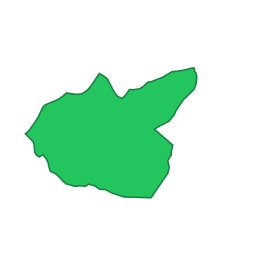 the district of As Sudah, Amran, Yemen, rotated 52°
{"feature_id": "15242507B6956753308423", "entity_name": "As Sudah", "entity_type": "district", "adm_level": 2, "iso_a3": "YEM", "parent_name": "Yemen", "parent_adm1": "Amran", "projection": "mercator", "projection_center": [43.761, 15.968], "detail": "fine", "context": "isolated", "style": "filled", "palette": "green", "viewbox_px": 256, "rotation_deg": 52, "n_neighbors": 0, "source": "geoboundaries", "source_scale": "gbopen_adm2", "svg_char_len": 2884}
<svg xmlns="http://www.w3.org/2000/svg" viewBox="0 0 256 256"><g transform="rotate(52 128 128)"><path d="M69.4,212.5L72.1,212.2L72.8,212.1L80.6,211.2L83.5,212.4L83.7,212.5L87.9,215.3L88.1,215.5L88.4,215.7L89.4,216.3L92.5,216.9L96.2,215.7L96.5,211.6L101.4,211.4L105.8,212.1L108.6,213.7L114.3,215.9L114.6,215.7L119.9,213.1L125.4,212.3L129.6,212.0L133.5,211.2L134.5,210.9L135.4,209.9L136.4,209.2L139.0,207.5L141.5,205.5L143.9,201.6L147.9,197.1L147.8,193.8L153.1,189.8L158.9,188.0L162.8,183.6L164.3,182.9L168.8,180.9L169.4,180.6L175.3,176.7L179.8,173.7L197.2,152.8L195.1,146.3L188.1,124.2L185.7,121.2L184.0,119.4L178.3,116.9L175.7,110.3L173.3,108.5L170.5,105.0L169.1,103.2L168.9,103.3L145.3,107.9L145.7,102.5L148.0,91.4L147.9,91.3L146.9,87.3L146.0,83.3L144.0,79.7L141.8,73.1L140.0,67.6L139.8,66.4L139.6,66.0L139.6,65.7L139.5,64.8L139.5,64.5L139.4,64.1L139.4,63.7L139.5,63.4L139.4,62.6L138.3,52.3L138.0,51.9L137.8,51.4L137.5,51.0L137.1,50.2L136.7,49.7L136.4,49.2L136.1,48.7L135.7,48.2L135.2,47.6L135.1,47.3L134.9,47.1L134.7,46.9L134.5,46.6L134.0,46.1L133.8,45.9L133.5,45.5L133.1,45.2L132.9,44.9L132.6,44.7L132.4,44.4L132.2,44.2L131.9,44.0L131.5,43.6L131.3,43.4L131.0,43.1L130.7,42.9L130.3,42.6L129.8,42.2L129.6,42.1L129.3,41.9L128.9,41.7L128.7,41.6L128.4,41.5L128.0,41.3L127.7,41.2L127.4,41.0L127.0,40.8L126.8,40.7L126.4,40.5L126.1,40.5L125.7,40.5L125.1,40.6L124.7,40.7L124.4,40.7L124.2,40.7L123.8,40.5L123.4,40.0L123.0,39.7L122.8,39.5L122.6,39.3L122.3,39.1L122.0,39.1L121.7,39.1L121.2,39.3L120.9,39.6L120.7,39.8L120.5,40.1L120.2,40.5L120.1,40.9L119.8,41.4L119.7,41.8L119.5,42.2L119.3,42.5L119.1,42.9L119.0,43.2L118.8,43.6L118.6,44.1L118.4,44.5L118.3,44.9L118.2,45.2L118.1,45.5L118.0,45.9L117.9,46.3L117.6,46.6L117.5,47.0L117.3,47.3L117.1,47.7L117.0,48.0L116.7,48.3L116.6,48.6L116.5,48.9L116.3,49.3L116.1,49.8L115.9,50.1L115.7,50.4L115.5,50.7L115.3,51.0L115.1,51.3L115.0,51.5L114.7,52.1L114.4,52.6L114.1,53.3L113.7,54.0L113.4,54.5L113.2,54.8L113.0,55.2L112.6,55.7L112.4,56.0L112.2,56.2L111.9,56.7L111.7,57.1L111.4,57.5L111.1,58.0L111.0,58.3L110.7,58.7L109.2,70.0L105.4,82.4L104.4,83.0L104.2,85.4L104.7,91.0L104.2,94.8L101.2,100.0L98.5,103.3L98.8,103.7L98.8,104.0L99.0,104.4L99.1,104.9L99.2,105.2L99.3,105.5L99.5,105.9L99.6,106.3L99.7,106.6L99.9,107.0L100.0,107.3L101.2,114.3L96.9,116.7L91.0,116.7L77.9,114.3L77.2,113.9L76.9,114.0L75.4,114.3L71.2,115.4L67.4,117.0L72.2,131.8L73.2,137.8L72.6,143.6L69.3,148.5L62.5,154.8L62.6,156.1L62.6,157.6L62.7,158.9L62.7,160.5L62.7,161.7L62.6,162.9L62.5,164.4L62.3,165.8L62.0,167.2L61.7,168.6L61.4,169.7L61.0,171.1L60.5,172.4L60.3,173.8L59.9,175.0L59.5,176.4L59.1,177.8L58.8,179.4L58.8,180.5L59.1,181.9L59.8,183.4L60.2,184.5L60.9,185.8L61.7,187.2L62.3,188.5L62.9,189.6L63.5,190.8L64.1,192.1L64.6,193.5L65.1,194.8L65.7,196.5L66.2,197.7L66.5,198.8L66.8,200.0L69.0,207.3L69.4,211.5L69.4,212.5Z" fill="#22c55e" stroke="#15803d" stroke-width="1.5"/></g></svg>